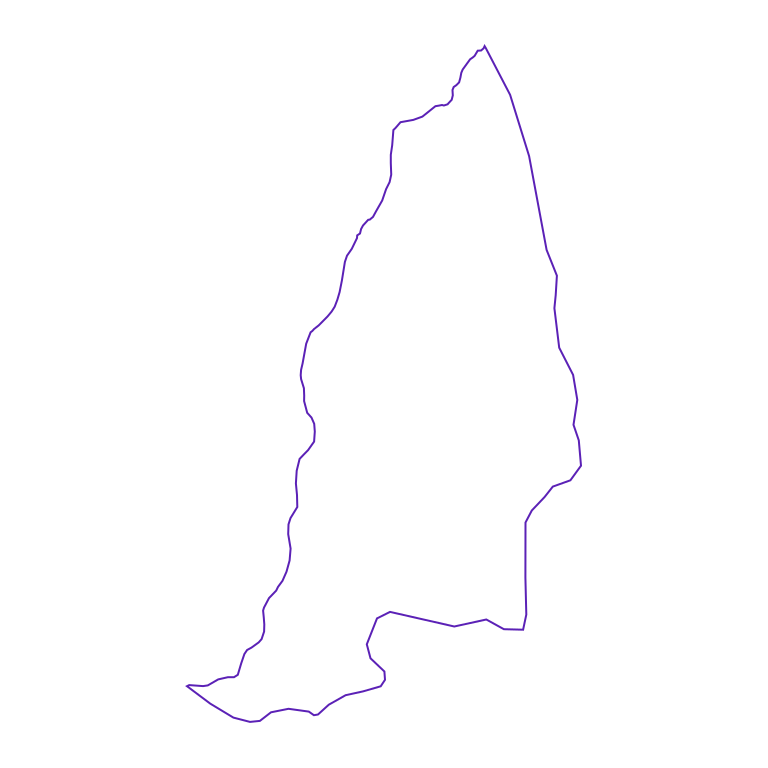 Mayo-Tsanaga, Extrême-Nord, Cameroon
{"feature_id": "32672807B48868778994443", "entity_name": "Mayo-Tsanaga", "entity_type": "district", "adm_level": 2, "iso_a3": "CMR", "parent_name": "Cameroon", "parent_adm1": "Extrême-Nord", "projection": "natural_earth1", "projection_center": [13.657, 10.578], "detail": "fine", "context": "isolated", "style": "outline", "palette": "violet", "viewbox_px": 768, "rotation_deg": 0, "n_neighbors": 0, "source": "geoboundaries", "source_scale": "gbopen_adm2", "svg_char_len": 1933}
<svg xmlns="http://www.w3.org/2000/svg" viewBox="0 0 768 768"><path d="M556.9,275.7L546.6,249.9L529.1,156.1L510.1,94.8L485.7,47.9L484.6,46.1L483.6,48.3L481.1,50.5L477.7,50.7L474.6,55.9L472.7,57.5L470.1,59.3L462.7,69.5L461.3,72.8L460.4,77.6L459.1,82.4L456.3,85.2L453.7,87.0L452.5,90.0L452.8,95.4L451.7,99.8L448.6,103.1L447.6,104.3L443.9,105.5L442.0,105.0L439.0,105.6L435.4,106.2L422.4,116.6L413.3,119.9L400.5,122.2L395.4,128.1L393.4,130.0L392.2,145.2L390.8,154.8L390.8,163.1L391.2,173.7L391.2,174.8L389.6,182.1L386.1,189.1L382.2,200.5L376.1,211.2L373.0,216.9L369.8,219.6L368.2,219.8L363.0,225.5L361.1,229.0L360.0,233.5L357.2,235.4L357.0,238.1L351.8,248.8L347.0,255.7L344.9,261.9L341.9,280.5L339.6,292.1L337.4,299.6L334.7,306.7L332.1,310.8L331.5,311.7L327.5,316.5L318.7,325.4L314.1,329.0L312.3,331.0L310.6,332.3L306.2,343.7L302.6,363.4L301.1,369.8L300.7,375.2L301.1,379.1L303.9,388.2L304.2,395.6L304.1,401.1L307.2,412.8L311.5,417.6L314.2,423.8L314.8,431.6L314.1,441.6L308.1,450.1L303.7,454.6L299.6,458.9L298.3,464.2L296.7,470.7L295.9,483.4L297.0,495.0L297.3,507.0L290.5,518.1L288.5,524.4L288.2,534.1L290.6,548.6L289.6,560.5L286.5,571.7L282.5,580.8L278.0,586.9L276.2,590.6L269.0,598.1L264.0,607.6L263.1,610.6L263.8,617.8L264.3,624.4L264.1,631.6L261.6,639.1L258.7,642.4L251.5,647.6L247.1,650.0L244.4,654.0L241.2,663.4L237.8,674.8L234.0,677.2L227.9,677.2L218.2,679.4L207.8,685.4L203.1,686.1L189.2,685.1L187.0,686.2L210.2,703.6L233.4,717.6L250.0,721.9L259.9,720.9L271.0,712.3L288.5,708.8L308.8,711.6L313.9,715.2L318.0,714.5L328.8,704.7L345.6,695.2L363.0,691.4L380.7,686.3L385.0,679.8L384.4,671.5L370.5,658.3L366.8,644.3L377.0,618.4L390.0,611.9L454.3,626.5L486.3,619.5L503.9,629.2L523.1,629.7L526.3,614.6L525.4,577.4L525.5,522.5L531.8,510.5L544.6,497.0L552.8,486.6L570.4,480.3L581.0,465.7L578.8,440.4L573.5,424.8L577.3,399.9L573.1,374.9L559.2,347.7L554.4,308.2L555.7,295.2L556.9,275.7Z" fill="none" stroke="#5b21b6" stroke-width="2"/></svg>